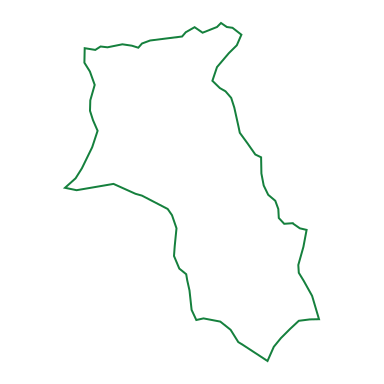 Dababa, Hadjer-Lamis, Chad
{"feature_id": "50815135B80092252042653", "entity_name": "Dababa", "entity_type": "district", "adm_level": 2, "iso_a3": "TCD", "parent_name": "Chad", "parent_adm1": "Hadjer-Lamis", "projection": "equal_earth", "projection_center": [16.914, 12.314], "detail": "fine", "context": "isolated", "style": "outline", "palette": "green", "viewbox_px": 384, "rotation_deg": 0, "n_neighbors": 0, "source": "geoboundaries", "source_scale": "gbopen_adm2", "svg_char_len": 1128}
<svg xmlns="http://www.w3.org/2000/svg" viewBox="0 0 384 384"><path d="M241.4,34.7L232.5,27.8L226.8,27.0L221.0,23.0L217.0,27.0L202.6,32.7L194.6,27.2L185.8,32.2L182.1,36.5L150.1,40.5L142.0,43.5L138.3,47.7L131.9,45.7L122.4,44.3L107.5,47.3L100.6,46.5L95.3,49.9L84.7,48.2L84.4,62.7L89.9,71.5L94.7,84.9L90.3,100.3L90.0,110.8L93.0,120.2L97.6,130.8L92.2,147.2L81.9,168.3L75.6,178.3L65.0,187.8L76.6,190.2L113.5,183.9L135.5,193.8L141.9,195.6L167.7,209.0L172.0,215.2L176.5,228.3L174.7,246.3L174.0,256.0L179.3,268.6L186.2,274.2L187.2,280.2L189.5,290.5L191.6,309.9L196.3,320.0L203.5,318.4L220.3,321.6L230.6,329.8L238.3,342.1L242.9,344.9L253.3,351.7L267.5,361.0L273.8,346.8L280.9,338.1L290.2,328.8L298.8,320.8L309.9,319.4L319.0,319.2L312.1,295.9L303.7,280.8L298.8,272.8L298.3,265.0L303.4,246.9L306.6,229.9L299.8,228.3L292.6,223.3L292.6,223.2L284.2,223.8L278.8,218.0L278.3,209.0L275.3,200.8L268.2,194.8L263.7,185.5L261.4,173.5L261.1,157.3L255.3,154.5L247.4,143.2L239.8,132.8L238.5,126.6L234.3,107.6L231.2,97.9L225.5,91.3L219.9,88.1L212.4,80.8L217.0,67.1L228.9,53.1L236.8,45.3L241.4,34.7Z" fill="none" stroke="#15803d" stroke-width="2"/></svg>